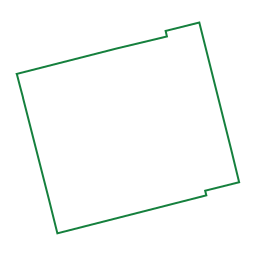 Meade, Kansas, United States of America, rotated 76°
{"feature_id": "52423323B44892759262948", "entity_name": "Meade", "entity_type": "district", "adm_level": 2, "iso_a3": "USA", "parent_name": "United States of America", "parent_adm1": "Kansas", "projection": "equal_earth", "projection_center": [-100.394, 37.238], "detail": "fine", "context": "isolated", "style": "outline", "palette": "green", "viewbox_px": 256, "rotation_deg": 76, "n_neighbors": 0, "source": "geoboundaries", "source_scale": "gbopen_adm2", "svg_char_len": 398}
<svg xmlns="http://www.w3.org/2000/svg" viewBox="0 0 256 256"><g transform="rotate(76 128 128)"><path d="M42.9,68.0L48.6,68.1L48.1,120.2L48.6,222.9L49.6,222.8L61.2,222.7L61.3,222.7L73.0,222.5L73.3,222.6L179.2,222.0L181.6,222.0L182.0,222.0L183.5,222.0L205.2,222.0L213.1,222.0L212.3,68.3L207.5,68.3L207.5,33.3L174.6,33.1L42.9,33.3L42.9,68.0Z" fill="none" stroke="#15803d" stroke-width="2"/></g></svg>